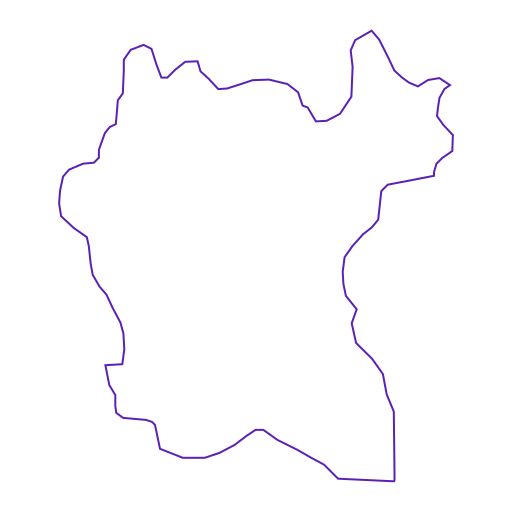 the district of Jeongseon-gun, Gangwon, South Korea
{"feature_id": "91817680B94972366910411", "entity_name": "Jeongseon-gun", "entity_type": "district", "adm_level": 2, "iso_a3": "KOR", "parent_name": "South Korea", "parent_adm1": "Gangwon", "projection": "orthographic", "projection_center": [128.745, 37.366], "detail": "fine", "context": "isolated", "style": "outline", "palette": "violet", "viewbox_px": 512, "rotation_deg": 0, "n_neighbors": 0, "source": "geoboundaries", "source_scale": "gbopen_adm2", "svg_char_len": 1514}
<svg xmlns="http://www.w3.org/2000/svg" viewBox="0 0 512 512"><path d="M197.6,61.3L185.2,61.8L175.3,69.7L167.3,77.6L161.4,77.6L156.5,64.7L151.5,48.9L143.6,44.9L130.7,49.8L123.8,59.7L123.8,70.6L122.8,93.4L117.8,100.3L116.8,113.2L115.8,124.1L109.8,127.0L104.9,133.0L98.9,149.8L98.9,157.7L93.9,162.7L83.0,163.7L69.1,169.6L63.1,176.5L60.1,190.4L59.1,203.3L61.1,216.2L73.9,228.1L86.8,237.1L88.8,246.0L90.7,263.9L92.7,274.8L99.6,286.7L106.5,294.7L112.5,307.6L120.4,322.5L123.4,333.4L124.3,349.3L122.3,364.2L105.4,365.2L109.3,385.1L115.3,395.0L115.3,406.0L116.3,412.9L123.2,417.9L146.1,419.9L152.0,421.9L155.0,424.9L160.0,448.8L182.8,457.8L204.7,457.8L219.7,452.8L234.6,444.9L246.5,435.9L255.5,429.9L263.4,429.9L277.4,439.9L297.3,449.8L311.2,457.8L324.1,464.7L338.1,478.7L394.0,481.3L394.5,480.4L394.5,472.7L393.8,411.6L386.7,394.4L382.9,374.1L372.1,358.8L356.1,343.0L351.7,323.3L356.7,309.3L345.9,295.9L343.4,283.9L342.7,271.8L344.6,257.2L352.2,246.4L363.0,234.3L371.9,227.3L378.2,219.7L381.3,191.1L387.7,184.7L434.0,175.8L434.0,172.0L436.5,163.7L442.2,158.0L452.3,151.0L452.9,135.1L443.4,125.0L437.0,116.1L438.2,106.0L439.5,97.8L444.5,88.9L450.0,85.1L439.4,78.1L428.0,80.0L417.9,86.4L409.0,82.6L402.1,77.6L394.4,70.6L388.1,57.3L379.2,39.6L371.6,30.7L355.1,40.2L350.7,50.4L352.6,66.9L351.4,96.6L340.0,113.8L326.7,120.8L315.9,121.4L307.7,107.5L302.6,105.6L298.1,92.3L287.4,84.0L269.0,79.6L252.5,80.2L243.0,83.4L227.1,88.5L218.3,89.1L208.8,78.9L200.5,71.3L197.6,61.3Z" fill="none" stroke="#5b21b6" stroke-width="2"/></svg>